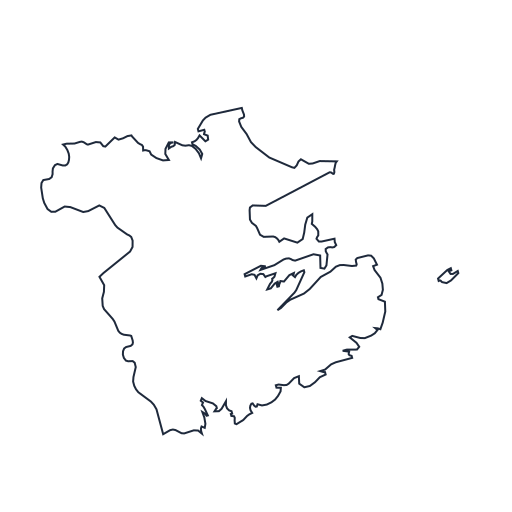 an SVG outline of Finistère, rotated 165°
{"feature_id": "FRA-5292", "entity_name": "Finistère", "entity_type": "Metropolitan department", "adm_level": 1, "iso_a3": "FRA", "parent_name": "France", "parent_adm1": "", "projection": "mercator", "projection_center": [-4.177, 48.253], "detail": "fine", "context": "isolated", "style": "outline", "palette": "slate", "viewbox_px": 512, "rotation_deg": 165, "n_neighbors": 0, "source": "natural_earth", "source_scale": "10m", "svg_char_len": 5437}
<svg xmlns="http://www.w3.org/2000/svg" viewBox="0 0 512 512"><g transform="rotate(165 256 256)"><path d="M413.5,413.6L409.9,413.5L402.2,411.6L396.5,411.8L394.7,411.6L393.0,410.5L390.5,407.7L389.5,407.1L381.2,407.5L377.0,406.0L375.1,401.6L373.2,400.7L361.8,407.1L358.7,404.0L354.0,404.1L349.1,405.1L345.1,404.7L344.8,403.6L340.7,395.8L339.1,394.1L337.5,392.8L336.8,390.9L337.7,387.1L335.8,387.0L334.4,386.4L331.7,384.7L331.0,381.1L326.9,376.4L321.1,372.4L315.3,371.3L317.2,378.0L315.7,382.9L310.8,388.3L306.3,387.1L308.5,387.3L310.3,386.8L311.5,385.3L312.3,382.4L309.6,383.4L307.5,383.5L305.8,384.3L304.7,387.1L298.5,382.0L295.6,380.8L292.1,380.4L289.4,378.9L286.6,375.1L284.5,369.9L283.8,364.6L281.5,368.5L282.8,373.4L285.7,377.9L288.4,380.4L288.4,382.4L285.6,382.7L283.5,383.5L281.5,384.9L279.3,387.1L275.2,379.9L272.1,380.8L271.5,384.8L274.7,387.1L274.1,388.3L273.3,389.3L273.3,391.3L279.3,391.3L279.3,393.8L272.2,400.7L268.9,402.7L263.5,404.2L231.4,402.7L231.5,400.2L231.0,395.7L231.4,393.8L232.8,392.9L234.8,392.9L236.7,392.5L237.5,390.3L236.8,384.5L233.5,376.2L231.4,367.3L228.1,361.3L217.7,347.7L198.3,332.4L196.1,331.2L193.2,333.0L190.5,336.3L187.6,337.8L181.1,331.4L177.3,330.7L169.9,331.2L153.5,326.5L154.9,325.4L156.0,323.4L157.0,321.3L158.3,318.9L158.4,317.7L158.7,316.5L159.5,315.3L160.2,315.3L161.9,317.3L163.2,317.8L233.6,301.9L246.1,305.7L249.3,304.4L250.3,302.0L252.4,292.8L251.4,289.1L248.3,285.1L247.7,282.8L246.6,275.5L243.6,272.5L234.4,270.4L232.6,269.3L231.3,267.7L230.3,265.8L229.8,263.7L224.3,265.7L212.6,258.2L206.5,260.3L203.4,266.1L200.3,273.6L196.5,279.8L190.8,281.8L192.7,274.8L193.8,272.6L191.3,268.9L190.0,266.1L189.5,263.7L190.5,259.8L192.2,258.3L193.1,257.0L191.5,253.7L188.9,253.0L175.7,252.4L176.3,249.0L175.7,245.7L178.1,244.4L180.0,244.5L181.8,245.3L184.2,245.7L186.9,244.7L187.4,242.5L186.9,240.2L186.5,239.0L190.4,228.7L193.2,226.1L196.8,227.8L193.9,239.9L200.0,242.8L219.4,241.4L221.7,242.6L223.1,244.0L224.8,245.2L227.6,245.7L230.3,245.5L240.6,242.4L255.3,241.4L253.9,242.8L252.5,243.4L249.3,243.5L253.8,245.3L271.7,241.4L271.7,239.0L264.9,239.5L262.3,238.2L261.4,234.3L259.4,236.9L256.4,237.7L253.6,236.6L252.4,233.3L251.0,233.7L241.7,234.3L243.5,231.3L244.5,230.6L246.3,229.8L246.4,228.4L247.4,227.0L249.6,225.5L253.8,220.8L250.1,220.9L245.1,224.5L241.7,225.5L241.7,223.3L243.3,223.3L243.3,220.8L241.7,220.8L241.0,222.4L239.7,224.1L238.9,225.5L235.6,224.1L228.7,228.9L223.8,229.8L224.4,228.6L224.6,228.4L225.4,227.8L223.8,225.5L222.0,227.3L219.4,228.7L216.5,229.5L213.5,229.8L213.5,227.8L226.0,212.6L228.4,210.6L249.3,198.1L245.4,199.3L238.6,203.3L234.2,204.9L219.4,207.3L212.7,210.2L198.9,219.0L188.2,221.6L181.6,225.0L177.4,225.5L173.6,224.6L165.9,221.5L161.7,220.8L160.9,221.9L160.9,224.3L160.6,226.7L158.7,227.8L147.6,227.6L144.7,226.5L142.8,223.2L141.4,216.3L145.5,215.9L145.1,211.7L141.4,202.8L141.1,196.6L142.2,190.5L144.8,185.9L148.9,184.6L148.9,182.6L143.3,178.5L145.5,168.9L150.9,158.8L154.8,153.1L157.1,154.6L159.5,155.5L157.8,153.1L161.3,150.6L165.4,149.3L172.2,148.5L176.5,149.8L183.7,153.9L186.5,153.1L181.4,146.1L179.8,141.6L182.7,139.5L192.7,142.1L196.8,142.0L190.8,139.5L191.5,138.2L191.9,137.1L191.4,136.0L189.5,134.8L189.5,132.7L206.5,132.7L211.5,131.9L218.7,128.4L223.8,128.2L220.8,126.4L219.4,126.0L219.4,123.5L225.7,122.4L231.7,118.8L237.6,116.5L243.3,116.7L247.3,121.5L245.7,128.8L250.8,128.2L257.5,124.2L259.8,123.5L262.5,124.0L267.4,126.0L270.3,126.0L270.3,123.5L266.1,122.3L267.3,118.9L271.0,115.1L274.7,112.4L278.9,110.7L284.0,109.7L288.9,110.1L292.9,112.4L294.2,110.4L295.4,110.5L296.5,112.0L297.4,114.5L298.7,114.5L300.2,112.9L301.1,110.9L301.2,108.4L300.3,105.4L303.4,104.8L306.0,103.8L310.7,100.9L318.4,98.6L319.8,99.7L319.2,102.8L318.4,105.2L318.7,106.9L321.2,107.9L321.2,109.9L319.8,109.9L319.8,112.4L321.9,113.8L323.4,116.3L323.7,119.6L322.6,123.5L328.8,117.3L332.0,115.7L336.3,116.7L334.1,118.7L333.2,119.2L333.2,121.2L335.8,124.8L342.3,129.0L345.1,132.7L346.8,130.5L345.1,128.2L346.8,126.0L345.7,123.9L345.0,121.2L343.8,114.5L345.1,114.5L345.8,116.4L346.5,117.4L348.2,119.2L347.7,113.4L348.3,107.0L350.0,103.3L352.7,105.4L353.7,103.9L354.2,102.3L354.3,100.5L354.2,98.4L357.1,102.4L361.2,103.7L371.3,103.2L373.8,104.1L378.8,108.7L381.2,109.9L384.0,110.0L391.8,107.9L391.8,113.5L391.8,133.7L393.2,138.8L395.2,142.6L404.9,154.8L406.4,158.3L407.2,162.1L407.2,166.5L405.7,170.8L400.9,179.8L400.8,184.3L402.3,186.4L406.7,187.4L408.7,188.6L410.0,191.7L410.1,195.2L409.1,198.4L407.3,200.8L405.0,201.7L400.3,201.6L398.2,202.6L397.3,204.2L397.0,206.3L397.2,211.1L398.2,211.8L404.1,214.2L406.0,215.6L407.4,217.2L408.4,219.4L409.7,229.3L410.7,232.3L416.5,244.0L417.0,247.5L415.5,254.9L412.2,260.7L410.2,267.1L412.6,276.4L407.8,279.0L376.5,292.9L372.9,296.7L371.2,302.8L371.6,306.7L373.1,308.7L374.9,310.2L382.5,319.3L384.0,322.3L390.1,341.7L394.3,345.4L406.4,342.8L411.5,343.2L422.7,351.3L428.0,353.3L438.4,350.7L442.3,351.7L445.2,355.3L446.8,362.1L447.0,366.9L445.8,377.7L444.3,382.0L441.8,384.4L435.8,383.9L433.0,385.0L431.3,387.7L430.6,390.4L429.5,393.2L426.7,395.8L424.0,396.3L419.3,393.5L416.8,392.8L414.7,393.4L413.1,394.9L411.8,397.2L410.8,400.0L410.4,403.3L410.8,407.2L411.9,411.0L413.5,413.6ZM83.0,182.6L83.5,183.3L83.9,184.2L84.6,184.8L86.0,184.6L86.0,187.1L74.8,193.0L71.0,193.8L71.0,191.6L71.7,191.5L73.2,191.7L73.9,191.6L72.7,188.3L70.5,187.7L65.0,189.3L65.0,187.1L74.0,181.9L78.9,180.5L83.0,182.6Z" fill="none" stroke="#1e293b" stroke-width="2"/></g></svg>